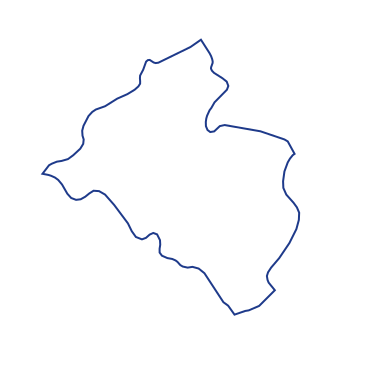 the Province of Mila, rotated 322°
{"feature_id": "DZA-2220", "entity_name": "Mila", "entity_type": "Province", "adm_level": 1, "iso_a3": "DZA", "parent_name": "Algeria", "parent_adm1": "", "projection": "equal_earth", "projection_center": [6.134, 36.259], "detail": "fine", "context": "isolated", "style": "outline", "palette": "blue", "viewbox_px": 384, "rotation_deg": 322, "n_neighbors": 0, "source": "natural_earth", "source_scale": "10m", "svg_char_len": 1650}
<svg xmlns="http://www.w3.org/2000/svg" viewBox="0 0 384 384"><g transform="rotate(322 192 192)"><path d="M105.0,130.0L99.8,129.2L95.8,126.8L93.1,122.3L92.7,116.6L94.2,106.1L94.0,100.1L92.9,96.2L90.9,92.4L89.4,90.2L85.4,85.6L95.8,82.9L99.0,83.4L104.2,84.9L108.3,87.2L114.5,89.7L121.1,89.9L130.6,89.1L135.9,87.1L139.0,83.9L140.4,80.2L143.2,76.1L147.3,73.0L157.3,68.4L162.7,67.5L167.0,67.8L176.3,70.9L190.6,72.4L201.3,75.1L209.8,76.1L214.7,75.8L217.8,74.7L219.4,72.7L221.0,70.3L222.8,68.3L228.8,65.6L236.1,61.0L238.4,60.9L240.0,61.9L241.5,66.3L242.7,68.0L245.1,69.4L280.1,76.8L292.8,77.5L291.3,93.5L290.7,96.7L289.7,99.7L288.7,101.8L287.7,103.0L283.8,105.5L282.9,106.5L282.4,108.7L282.7,111.7L286.0,121.0L287.3,126.4L285.9,130.8L282.5,132.9L265.0,135.2L258.9,137.7L256.2,138.4L250.8,141.2L248.5,142.9L246.0,145.3L243.5,148.7L242.4,152.7L243.3,156.0L246.8,157.9L254.5,157.2L258.9,159.3L283.3,186.3L297.2,207.5L298.6,211.1L296.3,225.1L294.0,225.0L289.8,226.0L285.7,227.6L277.5,232.7L270.4,239.6L266.5,245.0L264.7,252.1L265.4,263.1L265.2,268.7L263.7,274.3L259.0,279.8L251.4,285.5L237.3,292.2L220.0,297.8L207.8,300.3L202.5,302.1L199.3,304.3L197.4,307.8L196.6,310.6L196.8,320.4L174.8,323.1L163.8,320.2L160.7,318.5L150.0,314.8L150.5,303.8L148.9,298.2L151.8,263.6L150.1,256.4L146.3,251.3L142.0,248.9L138.8,245.0L137.8,242.4L137.5,238.0L136.9,235.8L135.2,232.6L131.9,228.9L129.1,223.7L129.2,219.8L131.5,216.8L134.5,214.0L137.1,210.3L138.4,203.9L136.2,200.4L132.4,199.5L127.5,199.8L123.4,198.5L120.1,192.9L120.4,185.8L122.2,177.3L122.7,154.3L121.9,140.5L119.3,134.1L115.2,130.4L110.2,129.9L105.0,130.0Z" fill="none" stroke="#1e3a8a" stroke-width="2"/></g></svg>